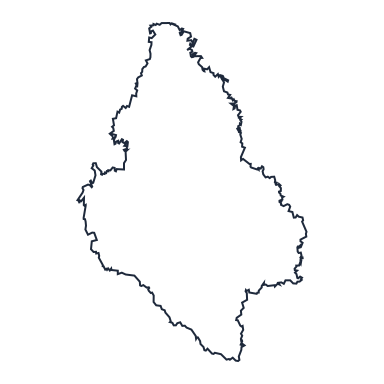 outline of Rangpur, Rangpur, Bangladesh, rotated 180°
{"feature_id": "16705992B34260815515495", "entity_name": "Rangpur", "entity_type": "district", "adm_level": 2, "iso_a3": "BGD", "parent_name": "Bangladesh", "parent_adm1": "Rangpur", "projection": "equal_earth", "projection_center": [89.232, 25.633], "detail": "fine", "context": "isolated", "style": "outline", "palette": "slate", "viewbox_px": 384, "rotation_deg": 180, "n_neighbors": 0, "source": "geoboundaries", "source_scale": "gbopen_adm2", "svg_char_len": 6015}
<svg xmlns="http://www.w3.org/2000/svg" viewBox="0 0 384 384"><g transform="rotate(180 192 192)"><path d="M210.0,359.9L212.3,360.7L213.5,359.6L214.4,361.0L222.4,360.9L224.3,359.2L227.3,360.3L228.3,359.0L230.5,360.0L230.6,358.7L233.5,358.4L232.7,357.2L234.8,355.6L233.9,350.6L233.2,350.8L232.9,352.6L231.1,353.4L228.7,349.5L232.3,345.9L234.8,346.5L235.2,342.1L232.5,341.8L232.6,339.1L234.4,333.9L233.5,330.3L233.6,326.7L234.2,324.9L238.1,323.6L236.5,320.6L238.4,317.5L240.1,317.0L241.7,314.9L241.8,312.2L243.0,310.8L242.2,308.5L245.8,306.6L247.0,304.9L246.6,301.2L248.2,300.5L247.5,299.2L246.6,299.7L246.8,297.6L247.9,297.8L248.9,295.4L246.8,293.6L247.8,290.5L247.7,287.7L251.9,288.7L254.9,277.2L257.0,278.0L258.3,276.0L260.9,278.1L262.1,277.1L262.3,275.2L263.9,274.4L264.8,271.4L266.5,272.3L267.9,265.8L271.1,265.2L270.0,258.7L271.9,257.2L270.7,255.9L270.2,253.1L274.2,250.3L271.9,248.2L271.6,249.9L268.0,248.9L268.4,247.1L271.1,246.3L271.5,245.3L269.4,245.5L270.1,243.9L269.5,239.8L268.5,240.3L267.9,242.4L265.9,243.2L265.8,241.0L264.9,240.5L262.1,244.8L261.0,244.2L261.5,241.9L259.7,240.9L257.2,242.9L256.1,241.9L256.4,239.5L257.3,241.1L259.6,238.2L257.3,237.9L257.0,235.3L260.1,234.2L259.5,233.2L256.9,233.8L258.4,232.4L258.0,224.0L260.0,220.9L260.0,214.5L267.3,214.9L268.1,212.7L269.2,213.3L269.4,216.1L271.3,216.5L273.6,213.6L275.7,213.8L275.7,212.7L277.2,212.9L277.8,211.0L279.0,211.5L279.4,210.0L281.6,210.3L282.0,209.3L282.9,209.7L282.6,212.4L287.1,216.9L288.2,220.8L290.7,220.7L291.3,219.4L290.7,218.4L292.3,215.8L289.3,213.5L288.5,208.7L290.8,201.2L292.0,200.9L293.2,203.4L294.0,202.8L291.8,197.4L292.3,196.8L294.2,198.9L296.0,199.4L301.2,197.0L301.5,195.8L300.5,194.0L301.4,191.4L306.5,183.8L305.4,183.4L304.5,180.8L304.6,183.9L302.8,182.8L300.0,186.3L300.2,178.9L299.6,178.3L298.3,179.1L298.3,178.4L300.4,166.0L300.3,165.0L299.0,164.8L298.4,162.5L298.0,158.3L298.6,154.5L296.0,149.3L291.8,151.4L289.8,151.2L287.2,144.0L292.2,142.7L293.0,134.8L290.4,132.0L288.0,132.2L287.8,130.5L285.5,131.0L284.8,128.1L285.2,126.3L281.2,119.0L281.3,117.8L280.4,117.7L278.8,114.4L277.0,115.7L277.5,114.8L277.0,114.1L275.9,115.6L274.2,113.5L272.8,115.4L272.6,114.0L266.2,113.3L266.2,109.9L262.2,111.3L258.3,109.5L249.6,108.4L244.2,102.3L243.9,98.6L242.7,98.0L240.7,98.9L237.3,96.4L235.2,96.7L234.8,96.0L235.8,94.6L235.2,93.2L233.2,91.0L231.9,91.4L230.3,88.5L230.4,82.0L227.8,78.7L223.4,78.1L222.2,74.8L219.3,73.7L218.6,71.4L214.5,66.7L213.1,62.1L213.9,62.0L214.0,61.9L211.6,61.2L210.3,58.7L208.1,58.7L206.7,60.8L203.8,61.7L201.7,58.1L199.2,58.3L197.4,56.4L192.6,54.4L188.3,48.1L187.9,45.2L187.1,46.7L186.1,46.6L183.9,42.9L183.5,40.0L180.5,37.0L179.6,33.8L178.2,33.4L176.5,35.3L172.0,30.4L170.4,30.1L169.2,31.2L163.0,29.8L157.5,24.4L155.0,25.0L154.1,24.3L151.3,26.3L148.3,23.4L145.9,23.0L144.6,24.1L145.2,27.5L142.7,34.0L142.5,36.9L139.5,38.6L141.9,40.4L142.5,39.0L143.3,39.3L141.8,42.7L142.0,43.5L142.8,43.2L143.1,45.1L141.8,48.3L143.0,50.3L140.8,54.1L141.4,58.1L142.5,57.5L143.8,58.5L146.2,63.7L147.8,63.9L147.3,66.2L142.7,69.4L143.1,73.3L140.3,76.1L141.9,81.4L136.9,84.2L137.2,90.9L138.4,92.7L138.1,93.9L137.4,93.0L135.2,94.2L134.7,91.5L127.3,90.2L126.7,91.3L125.3,91.4L125.2,93.4L122.3,96.5L122.3,98.0L120.1,101.1L120.3,99.1L118.3,99.5L116.3,98.0L109.4,98.8L109.1,97.5L106.4,100.3L104.6,99.5L105.7,101.2L102.7,101.6L100.2,100.2L98.5,103.7L93.8,103.7L90.8,100.6L87.6,100.4L86.6,102.3L84.4,102.4L82.3,104.1L83.1,104.9L82.0,106.3L83.9,107.4L85.9,105.7L86.7,106.1L87.5,109.9L89.0,111.4L86.9,113.4L89.2,113.9L89.4,115.3L87.5,117.5L87.7,118.4L84.9,118.5L84.0,121.1L83.3,120.0L82.7,123.6L83.5,123.9L83.3,125.6L81.4,125.8L81.5,126.7L83.3,126.9L82.5,128.4L83.2,131.4L85.3,131.0L86.3,132.4L86.6,136.4L85.6,136.6L86.7,137.9L85.1,137.2L84.3,138.0L84.5,136.4L83.2,136.8L81.4,141.2L83.5,142.7L83.5,144.4L77.7,147.4L78.1,150.2L77.5,152.2L81.9,162.4L80.9,163.7L81.5,166.5L85.2,167.3L86.9,168.9L88.4,166.5L90.2,166.4L91.6,172.0L95.4,172.9L93.8,177.4L94.9,179.2L96.7,179.8L100.4,177.9L103.0,179.2L102.9,180.7L103.8,181.5L103.1,182.3L104.5,182.3L104.5,183.3L101.6,184.5L101.9,186.5L100.5,187.3L103.3,188.5L103.6,190.3L104.9,191.4L105.0,192.4L103.2,193.0L103.1,195.9L104.6,197.6L103.5,198.6L104.8,199.8L104.9,198.6L105.7,199.7L107.9,199.1L108.5,200.2L107.5,201.4L109.1,201.9L108.8,203.8L109.8,207.3L112.9,207.1L114.3,205.9L116.2,207.3L118.4,206.6L120.7,209.6L121.4,212.7L120.4,214.8L120.7,216.8L122.0,217.7L123.3,215.4L125.0,216.0L125.2,214.2L126.3,215.4L126.8,214.5L132.8,216.5L133.5,217.3L133.3,220.1L134.5,220.0L141.0,225.1L142.9,223.7L143.1,226.9L139.1,236.3L141.9,237.3L141.7,240.6L143.4,241.8L142.3,245.1L143.7,249.4L143.1,251.0L145.7,252.2L143.5,252.3L143.4,253.3L144.3,254.8L145.5,253.2L147.2,256.1L145.8,254.7L144.2,255.0L144.2,255.9L145.7,256.2L145.8,257.8L144.2,258.6L144.1,260.2L143.1,259.3L142.5,262.2L143.7,264.0L142.7,264.5L144.7,265.9L143.1,267.1L145.4,267.2L146.0,268.8L143.3,272.2L144.0,273.6L146.5,274.2L147.3,278.8L148.8,278.2L149.4,275.6L150.5,275.0L149.8,279.2L151.1,278.8L153.1,280.4L150.0,280.5L147.6,281.8L147.4,282.8L149.4,283.1L150.2,284.7L151.2,283.7L152.9,287.2L152.9,285.5L156.0,286.1L153.9,289.1L156.0,289.6L156.6,291.5L160.0,292.7L161.2,297.4L160.0,301.5L161.0,303.4L158.7,304.0L156.3,302.4L155.9,303.7L159.8,305.6L162.0,304.8L163.6,308.0L161.4,307.0L160.8,307.3L161.2,308.1L163.9,308.9L165.3,307.2L166.1,309.9L168.8,307.3L170.5,309.1L170.5,310.9L173.5,311.9L174.9,316.8L176.8,314.7L180.1,315.4L179.6,312.7L180.2,312.9L181.4,314.2L181.9,316.9L185.2,319.8L185.9,321.7L183.5,326.0L181.9,326.1L183.1,327.9L189.1,327.8L189.3,328.9L187.8,330.9L189.0,331.2L191.4,329.8L190.8,327.1L192.2,326.8L193.1,327.7L193.7,331.3L191.6,332.3L192.1,334.0L194.4,335.2L196.9,334.0L192.3,337.6L194.1,339.1L193.7,340.4L190.8,338.0L191.0,336.7L187.5,344.2L189.6,345.2L191.2,341.1L192.8,343.8L196.6,343.3L196.3,345.3L193.0,347.4L193.8,350.9L200.2,352.7L202.4,349.1L203.4,348.8L204.2,351.1L202.9,351.7L200.9,355.1L202.2,355.5L204.3,353.9L206.2,357.6L210.7,359.6L210.0,359.9Z" fill="none" stroke="#1e293b" stroke-width="2"/></g></svg>